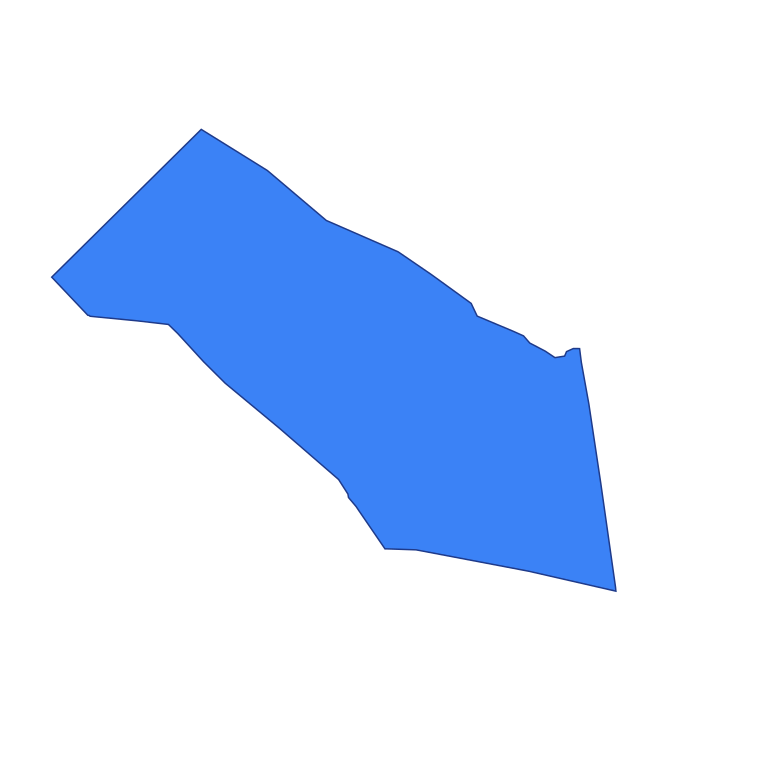 the district of Timbedgha, Hodh ech Chargui, Mauritania, rotated 136°
{"feature_id": "47542326B26087332325113", "entity_name": "Timbedgha", "entity_type": "district", "adm_level": 2, "iso_a3": "MRT", "parent_name": "Mauritania", "parent_adm1": "Hodh ech Chargui", "projection": "equal_earth", "projection_center": [-8.178, 16.265], "detail": "fine", "context": "isolated", "style": "filled", "palette": "blue", "viewbox_px": 768, "rotation_deg": 136, "n_neighbors": 0, "source": "geoboundaries", "source_scale": "gbopen_adm2", "svg_char_len": 721}
<svg xmlns="http://www.w3.org/2000/svg" viewBox="0 0 768 768"><g transform="rotate(136 384 384)"><path d="M497.7,576.5L497.3,563.6L498.3,525.1L497.7,494.9L490.0,425.2L483.0,346.8L486.4,329.9L488.4,327.0L489.2,315.1L490.1,310.2L497.8,264.8L497.8,264.6L497.4,264.4L476.0,242.3L475.7,241.8L410.1,149.0L361.1,73.9L358.6,77.0L297.1,161.9L250.6,227.2L227.0,262.5L218.7,273.6L223.2,278.0L230.2,280.5L234.7,278.6L242.7,284.2L245.2,295.7L250.7,312.2L250.2,321.7L254.3,331.9L269.8,368.1L266.2,378.8L265.3,381.4L273.9,429.8L282.0,469.2L311.9,541.7L319.6,618.6L338.6,694.1L548.2,691.7L548.8,691.7L549.3,639.2L548.4,638.0L548.4,636.9L517.6,600.8L497.7,576.6L497.7,576.5Z" fill="#3b82f6" stroke="#1e3a8a" stroke-width="1.5"/></g></svg>